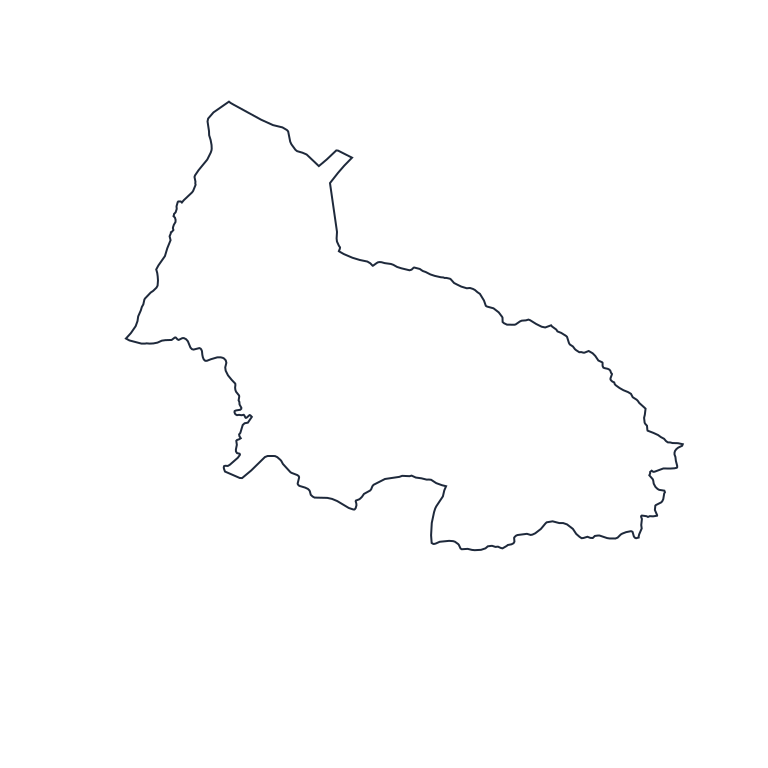 outline of Wat Bot, Phitsanulok, Thailand, rotated 126°
{"feature_id": "78962969B51687316789717", "entity_name": "Wat Bot", "entity_type": "district", "adm_level": 2, "iso_a3": "THA", "parent_name": "Thailand", "parent_adm1": "Phitsanulok", "projection": "orthographic", "projection_center": [100.372, 17.16], "detail": "fine", "context": "isolated", "style": "outline", "palette": "slate", "viewbox_px": 768, "rotation_deg": 126, "n_neighbors": 0, "source": "geoboundaries", "source_scale": "gbopen_adm2", "svg_char_len": 6129}
<svg xmlns="http://www.w3.org/2000/svg" viewBox="0 0 768 768"><g transform="rotate(126 384 384)"><path d="M358.5,87.7L357.8,88.3L355.6,89.2L349.4,90.6L346.9,93.0L341.6,96.0L340.3,98.0L339.5,98.3L338.9,98.1L337.8,96.1L336.6,93.8L336.4,92.3L334.7,91.3L332.9,88.5L330.1,85.7L329.6,85.9L326.7,90.8L322.9,93.0L322.2,92.9L316.7,90.1L315.1,90.0L313.0,90.4L307.8,93.0L306.4,93.1L305.5,94.5L307.9,99.2L308.1,101.1L307.7,103.9L306.1,107.2L304.0,109.3L303.1,110.5L301.9,115.7L300.0,116.1L298.7,117.0L296.8,116.5L296.8,114.6L296.0,113.6L288.2,108.4L283.8,102.3L281.5,99.5L279.7,97.9L279.0,97.9L277.9,98.7L274.6,102.7L271.7,105.4L270.3,107.5L268.8,108.6L267.1,109.2L264.9,109.2L262.6,108.6L258.7,106.5L257.1,106.9L259.1,111.4L262.2,115.9L263.0,118.0L264.4,120.1L264.4,122.4L263.7,125.2L264.2,128.8L264.2,132.3L265.2,137.3L266.8,143.3L266.3,144.0L263.2,146.7L262.6,149.4L262.1,150.4L258.5,153.7L255.6,154.9L250.2,157.9L249.3,166.4L248.5,168.6L248.2,170.4L248.5,175.0L246.8,178.4L247.1,181.8L248.3,186.7L248.8,191.2L248.8,196.0L248.4,197.4L247.4,198.7L247.8,200.6L247.6,202.4L247.2,203.4L246.3,204.1L242.2,205.3L241.8,205.6L241.5,206.9L240.3,208.6L239.9,210.0L240.2,211.9L241.6,215.1L241.8,216.2L240.9,217.8L238.4,219.6L238.2,220.3L239.0,224.4L237.1,229.6L236.5,233.3L237.0,237.8L240.9,240.3L241.5,241.2L242.2,243.1L243.5,244.7L243.7,248.5L243.6,250.0L242.6,253.2L242.8,256.9L242.1,258.5L238.3,263.6L238.1,264.8L238.5,270.7L239.5,274.6L238.7,276.6L238.7,281.9L238.3,283.3L243.5,286.8L245.0,290.1L246.0,296.2L246.5,303.2L247.0,305.0L249.1,306.6L251.8,309.8L253.5,310.8L258.4,312.5L259.4,313.3L263.7,319.4L264.3,322.7L264.1,324.5L260.7,327.1L260.3,327.8L258.6,333.3L258.4,339.9L260.8,346.2L260.9,347.6L257.7,352.2L254.7,359.4L254.8,362.3L254.5,365.7L254.8,367.9L255.8,370.9L257.9,373.3L259.8,378.8L260.6,383.4L261.1,386.7L260.0,391.7L260.1,392.6L261.5,395.9L262.6,397.3L262.9,398.6L264.2,400.7L266.7,406.5L268.1,410.9L268.9,416.1L269.8,419.1L269.9,422.7L272.0,428.0L272.5,428.4L275.3,428.9L277.0,430.2L280.2,438.0L281.6,442.2L282.1,446.5L282.8,448.9L285.8,454.5L286.9,457.5L287.9,459.2L289.1,460.4L290.4,461.0L294.7,462.4L295.0,462.7L294.4,466.0L294.7,469.4L297.9,476.5L300.4,483.7L302.5,492.9L303.1,498.3L303.1,498.6L300.6,499.2L299.3,499.9L298.7,501.7L296.4,505.8L294.1,507.9L288.6,511.4L253.2,545.8L240.0,545.3L230.8,544.5L219.7,542.9L222.2,558.4L223.1,559.9L236.0,562.3L246.0,564.8L243.8,581.5L244.8,585.9L246.7,591.2L246.6,593.3L244.5,599.8L243.1,602.3L236.0,610.0L235.6,611.8L236.1,617.0L239.8,626.0L242.4,638.7L246.4,669.7L246.8,673.4L246.7,675.4L264.5,681.6L272.6,682.3L275.3,681.1L282.3,674.2L285.5,671.7L288.5,667.7L292.0,664.0L294.9,661.7L296.4,660.9L298.6,660.2L306.3,658.9L319.9,659.7L326.3,659.5L327.9,659.0L331.1,655.5L332.6,654.6L333.6,653.5L340.0,651.9L341.8,651.9L352.9,654.0L356.0,654.2L355.8,655.7L357.2,657.7L358.1,657.8L362.2,656.3L364.2,654.6L367.6,653.5L369.9,653.8L371.1,653.1L371.9,653.0L372.3,650.9L373.7,649.1L375.5,647.9L378.7,647.6L381.2,646.8L382.0,646.4L383.2,644.9L385.6,645.1L386.5,645.6L387.5,645.0L390.5,644.3L393.1,641.2L401.6,639.1L409.3,636.4L420.7,636.2L425.2,635.6L427.5,632.7L430.0,630.3L433.1,627.7L437.5,625.0L439.8,624.7L444.4,625.5L447.1,626.5L455.2,627.6L456.5,627.5L461.1,625.5L464.0,625.2L467.4,624.0L473.8,622.6L478.0,620.4L483.2,618.9L491.6,618.7L498.9,619.5L498.4,615.6L493.9,604.0L491.9,601.2L490.6,599.9L489.2,597.5L486.8,594.5L483.7,591.6L479.5,589.2L477.0,586.6L473.2,581.7L469.5,580.6L469.0,580.2L468.8,579.7L469.3,577.2L469.0,576.0L465.4,574.1L464.5,572.9L464.1,570.5L464.7,567.8L468.3,562.0L468.7,559.9L468.1,558.3L463.5,554.5L463.2,553.3L463.4,552.3L464.4,550.6L467.2,548.1L468.9,546.2L470.1,544.2L470.3,542.3L469.3,540.9L465.7,538.6L460.5,534.6L459.7,533.6L458.4,531.8L457.6,529.8L457.4,528.4L457.9,525.9L459.5,524.0L463.9,522.2L466.3,519.9L468.7,515.3L470.2,509.6L471.1,504.6L472.2,503.6L474.5,502.3L476.1,500.8L477.2,499.2L478.5,494.5L479.3,493.7L482.7,492.0L483.5,490.5L485.5,488.8L487.1,485.4L488.0,484.9L489.4,485.2L492.4,488.2L493.6,488.9L494.6,488.5L495.6,487.1L495.8,486.1L495.6,484.6L494.2,483.2L493.0,480.9L491.4,479.4L491.5,478.6L492.6,476.4L492.6,475.8L491.8,475.3L488.2,474.5L487.9,473.7L488.3,471.6L495.3,471.4L497.7,473.7L500.2,474.2L508.0,471.5L509.9,471.6L511.2,470.3L512.1,468.0L514.0,468.8L515.7,470.0L516.8,470.1L519.7,467.3L524.1,465.3L525.6,464.1L526.3,462.3L525.3,459.9L525.6,459.2L526.2,458.9L529.6,458.9L540.1,461.3L542.1,462.2L543.5,464.4L544.5,465.1L545.7,464.6L546.6,463.7L548.3,461.2L544.8,445.4L543.5,443.5L532.0,440.6L513.1,437.4L510.6,435.8L506.4,429.9L505.9,427.4L506.3,423.2L506.6,421.9L508.1,418.8L510.3,408.1L510.3,406.8L508.6,400.5L508.7,398.8L509.2,398.0L509.8,397.6L515.2,395.4L515.9,394.6L516.2,392.7L514.2,387.0L513.6,383.9L513.9,381.9L514.4,380.9L516.7,378.1L517.0,375.5L516.7,373.4L509.5,363.0L507.5,358.5L506.2,353.0L505.0,339.6L503.6,335.2L503.1,334.3L502.5,334.0L501.0,334.0L498.3,335.0L497.0,336.1L495.5,338.0L494.8,338.2L491.9,336.3L490.7,335.9L488.2,335.5L484.7,335.6L478.3,332.6L476.7,332.5L473.6,333.3L471.7,333.2L460.3,327.4L450.1,317.0L447.6,315.3L443.6,309.2L441.9,307.8L441.0,303.3L438.3,298.3L436.3,293.3L434.9,291.5L433.8,289.6L433.5,283.5L431.8,277.6L430.2,273.7L434.6,272.7L440.3,270.3L452.3,269.8L454.6,269.4L458.2,268.2L468.3,263.7L478.7,257.0L484.6,252.0L484.4,250.1L484.0,249.5L482.7,248.4L478.9,246.2L472.6,239.1L470.5,235.7L469.9,233.9L469.9,230.0L470.1,229.0L472.1,225.4L472.0,224.0L468.2,219.4L466.5,215.3L465.1,212.9L461.1,208.0L457.3,205.3L454.3,204.6L452.1,202.3L451.3,201.2L450.3,198.1L448.6,196.2L448.0,193.2L447.3,191.5L443.0,189.6L441.5,189.2L438.7,186.6L436.7,185.6L434.9,185.8L432.0,188.3L430.9,188.4L429.0,188.0L427.7,187.2L421.2,180.3L419.9,176.6L418.6,175.4L415.9,173.9L409.1,171.9L401.8,171.4L400.3,171.1L396.0,166.9L393.5,160.5L391.2,157.3L390.0,153.4L390.2,146.0L392.3,140.4L392.7,136.0L392.6,133.5L391.3,132.1L388.0,129.6L387.2,126.6L385.9,124.6L383.0,124.1L380.7,121.7L379.9,120.5L377.5,112.9L376.3,110.6L373.0,106.0L371.0,104.7L366.6,104.0L365.0,103.3L361.6,101.1L357.9,97.7L357.6,96.8L357.6,95.9L360.5,92.2L360.9,90.5L360.6,89.4L358.5,87.7Z" fill="none" stroke="#1e293b" stroke-width="2"/></g></svg>